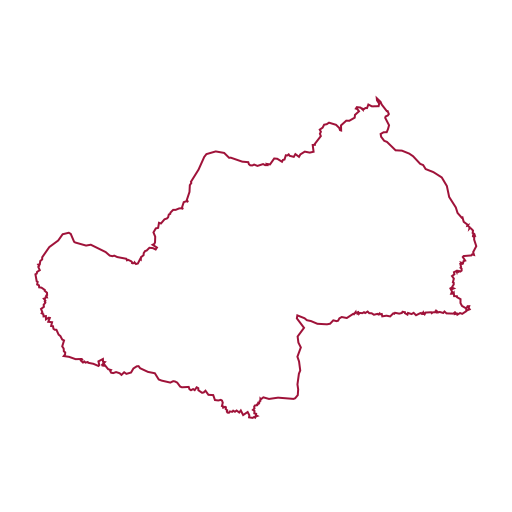 Mafinga, Muchinga, Zambia, rotated 272°
{"feature_id": "96606910B74743827741249", "entity_name": "Mafinga", "entity_type": "district", "adm_level": 2, "iso_a3": "ZMB", "parent_name": "Zambia", "parent_adm1": "Muchinga", "projection": "orthographic", "projection_center": [33.262, -10.323], "detail": "fine", "context": "isolated", "style": "outline", "palette": "rose", "viewbox_px": 512, "rotation_deg": 272, "n_neighbors": 0, "source": "geoboundaries", "source_scale": "gbopen_adm2", "svg_char_len": 6069}
<svg xmlns="http://www.w3.org/2000/svg" viewBox="0 0 512 512"><g transform="rotate(272 256 256)"><path d="M417.9,371.2L415.8,371.5L412.5,373.8L410.0,373.3L409.6,366.6L411.3,363.0L407.7,361.8L407.7,360.2L406.5,358.7L406.9,357.5L406.0,357.6L408.0,355.2L408.3,351.6L406.8,350.7L406.4,352.1L404.2,353.9L400.5,350.0L397.7,349.8L394.4,344.5L394.4,341.5L389.5,336.4L384.4,336.7L384.7,335.6L386.9,334.7L389.9,331.4L391.8,324.3L390.2,322.1L389.6,319.5L386.6,318.1L384.5,315.3L382.4,316.5L380.4,315.6L378.1,316.6L370.1,310.9L369.2,311.0L368.9,308.8L362.2,309.9L361.2,306.1L362.0,301.1L359.1,296.8L356.6,295.5L359.2,291.8L356.4,290.3L357.3,286.1L358.7,285.1L357.6,283.8L357.7,282.3L353.4,281.1L352.9,279.5L351.1,278.7L353.9,273.9L354.1,270.8L348.0,266.8L348.4,263.5L347.2,264.1L347.1,262.0L348.1,259.9L346.1,254.3L347.3,250.9L346.4,249.3L346.4,247.1L347.5,245.7L349.5,245.0L349.8,239.0L353.4,227.3L353.2,225.7L357.9,220.6L359.1,212.1L356.1,202.9L353.2,200.8L340.4,195.6L327.9,188.4L326.7,188.8L324.5,187.4L317.7,187.3L309.6,184.9L307.6,186.2L308.4,184.7L307.3,181.9L302.1,180.4L300.1,181.3L301.1,180.4L300.9,177.6L299.3,174.1L299.2,171.6L296.4,169.0L295.1,168.8L294.4,167.4L291.6,166.8L290.4,165.7L289.5,163.3L285.2,159.9L285.8,157.9L280.7,157.2L280.1,154.9L276.0,152.7L271.8,154.6L266.1,154.6L264.6,154.0L263.6,152.3L261.0,156.7L259.0,155.5L260.3,152.6L260.5,149.2L257.6,146.5L257.1,145.0L255.0,143.7L252.9,143.6L250.8,141.1L248.4,141.0L248.9,140.3L244.4,138.2L243.8,136.3L245.3,134.9L244.6,134.7L244.5,132.6L243.8,132.2L245.3,132.5L246.4,131.4L247.7,128.3L247.2,127.2L248.7,126.5L250.1,117.4L251.4,114.3L250.8,112.6L251.3,109.8L254.7,105.6L261.5,90.5L260.5,85.8L263.2,74.8L263.9,73.7L271.6,70.1L272.7,68.1L271.0,62.0L264.6,57.8L257.7,49.1L247.3,42.4L245.1,42.4L243.5,40.6L240.2,40.2L239.8,38.7L238.6,39.6L237.5,38.8L234.3,40.4L232.5,37.8L230.8,37.5L230.0,36.2L223.1,37.7L222.5,38.7L219.9,38.3L219.1,40.1L217.1,40.4L216.9,42.7L214.7,46.1L213.9,46.0L212.0,48.4L209.7,48.6L209.2,47.8L207.4,48.5L207.5,47.2L206.2,46.7L205.9,45.5L203.9,47.1L203.1,46.5L202.0,47.1L199.9,45.5L197.8,45.8L195.6,43.0L192.3,44.5L191.3,43.8L190.4,45.5L188.2,45.8L188.6,48.1L185.4,48.3L187.1,51.0L186.9,52.1L183.0,50.7L182.7,54.5L178.9,53.7L178.7,55.6L176.2,56.1L175.3,57.4L175.3,59.1L170.5,61.5L169.2,63.3L165.8,65.2L164.9,67.1L158.9,65.5L156.8,67.0L154.0,67.3L153.0,68.7L150.9,68.6L149.3,67.4L148.7,72.7L146.6,79.3L147.0,85.4L146.5,85.8L146.3,84.7L145.5,84.5L143.5,86.8L144.6,88.2L143.5,89.3L144.2,91.5L143.4,92.1L142.6,97.2L140.6,102.4L141.5,103.2L145.2,102.2L147.7,106.6L145.0,106.8L144.7,108.6L141.9,106.0L141.2,106.3L141.0,107.9L142.2,108.3L137.7,112.2L137.0,115.0L136.0,114.3L134.3,115.3L134.0,117.4L135.1,120.2L134.1,123.8L132.5,125.7L135.2,128.3L133.7,130.6L135.2,135.2L139.3,137.4L141.6,140.7L141.8,142.5L139.8,144.1L136.4,152.1L135.3,159.0L129.2,163.1L128.2,166.0L126.5,174.8L128.0,177.6L127.8,179.4L126.7,181.7L122.8,184.8L122.2,186.6L122.8,193.3L120.5,194.2L119.6,195.7L120.8,197.8L119.8,199.4L122.7,201.3L121.9,202.9L119.8,203.1L117.4,206.9L117.8,208.5L119.6,210.2L115.6,213.3L115.5,218.1L110.6,220.0L110.3,223.4L111.0,225.8L110.3,227.1L108.2,227.9L104.9,227.2L104.7,228.1L103.3,228.5L104.2,230.3L103.8,231.2L101.9,231.1L100.8,232.6L99.4,232.3L98.5,233.0L98.4,234.4L99.7,235.2L99.5,237.8L100.6,238.6L99.6,240.4L100.9,242.0L99.0,244.7L101.1,246.2L96.6,248.7L99.8,253.1L96.6,254.9L94.5,254.7L94.1,258.3L95.1,259.8L94.4,260.8L95.6,261.4L96.2,262.9L97.0,261.4L98.3,261.6L98.7,259.8L101.1,259.9L102.1,258.3L103.6,259.8L105.2,259.4L106.5,260.0L106.9,262.1L106.0,262.4L107.6,262.2L107.9,263.1L109.3,263.3L109.0,264.3L110.9,264.6L111.3,265.4L113.5,265.4L113.0,265.9L115.0,268.3L113.6,274.0L115.2,283.0L114.5,298.5L115.2,300.1L118.4,302.6L124.2,302.8L129.1,301.9L139.9,303.0L143.1,304.2L152.1,302.7L156.8,300.9L166.2,304.0L170.9,301.4L177.0,300.4L185.9,306.5L195.1,299.0L198.1,299.4L195.5,306.7L193.6,309.1L192.9,313.2L190.4,319.7L190.2,329.3L190.9,332.4L194.4,335.5L193.7,338.8L194.2,340.3L196.6,341.5L198.0,343.8L197.2,348.9L201.6,355.2L201.2,355.9L203.3,357.4L202.5,357.5L203.4,359.8L202.0,359.7L202.5,360.7L201.8,360.9L202.7,361.7L202.6,364.4L203.6,365.9L202.8,367.1L204.4,369.5L202.8,371.1L202.8,373.6L201.4,375.9L202.4,379.4L201.8,380.3L202.9,381.5L202.0,381.9L202.4,383.7L200.1,384.3L200.9,388.5L200.3,392.2L203.5,395.2L203.1,396.2L204.1,396.9L203.4,401.1L204.1,403.7L205.4,404.4L205.0,406.8L204.1,406.8L202.7,409.4L204.4,409.9L203.4,413.5L204.7,415.5L202.4,418.0L204.7,422.3L204.0,423.6L205.1,424.2L205.0,425.0L203.0,425.2L205.2,425.5L203.7,426.6L205.4,427.5L205.9,433.0L205.0,433.6L205.9,434.7L206.0,437.0L206.8,437.3L206.1,438.3L207.4,438.3L206.0,440.2L206.5,441.5L205.6,445.1L207.1,446.3L205.3,448.4L205.3,455.2L206.7,456.8L206.0,457.6L205.0,457.2L205.4,459.0L204.4,459.3L206.1,461.9L205.4,464.1L208.2,468.1L209.7,468.0L209.1,468.9L210.2,471.4L211.6,470.3L213.3,470.8L213.2,469.2L210.9,468.0L213.3,463.6L216.1,462.0L220.0,461.9L221.8,458.4L222.8,458.2L222.8,455.4L226.3,454.9L225.2,453.9L225.1,452.4L227.2,453.2L230.4,451.4L231.1,452.5L229.7,453.0L230.5,454.8L231.1,453.4L232.1,453.2L234.5,454.6L236.2,454.5L236.6,453.7L240.3,454.5L242.8,452.6L244.6,454.9L246.7,454.4L248.0,456.8L246.7,457.4L248.1,457.8L247.3,459.0L248.1,459.4L247.6,460.8L248.6,462.0L250.6,461.9L251.4,460.8L252.3,461.3L255.2,460.5L255.3,461.8L256.5,461.2L255.9,463.1L258.1,463.6L258.7,465.2L262.2,462.7L263.2,463.5L264.1,471.2L265.2,472.0L264.7,473.8L267.5,472.9L273.5,475.8L280.1,473.4L282.4,473.5L283.3,472.1L284.4,472.3L284.0,474.0L285.7,473.4L286.6,471.7L289.0,472.0L291.1,469.8L291.5,468.8L290.9,468.3L292.2,468.5L293.5,466.6L294.2,466.9L293.8,466.1L294.7,466.3L297.4,462.4L301.8,461.0L301.4,460.3L306.1,455.9L311.5,454.0L321.7,447.0L332.6,444.3L341.0,438.9L346.0,430.4L348.8,422.5L352.7,419.9L353.8,416.9L361.2,409.5L363.7,405.5L366.4,398.1L366.5,391.8L374.6,382.9L375.6,380.1L379.5,376.9L382.3,376.3L384.1,379.2L384.3,382.3L387.5,383.5L391.3,384.4L398.6,380.3L400.0,380.7L401.0,382.8L402.5,383.8L405.4,382.5L405.3,381.7L411.8,376.3L414.4,375.1L417.9,371.2Z" fill="none" stroke="#9f1239" stroke-width="2"/></g></svg>